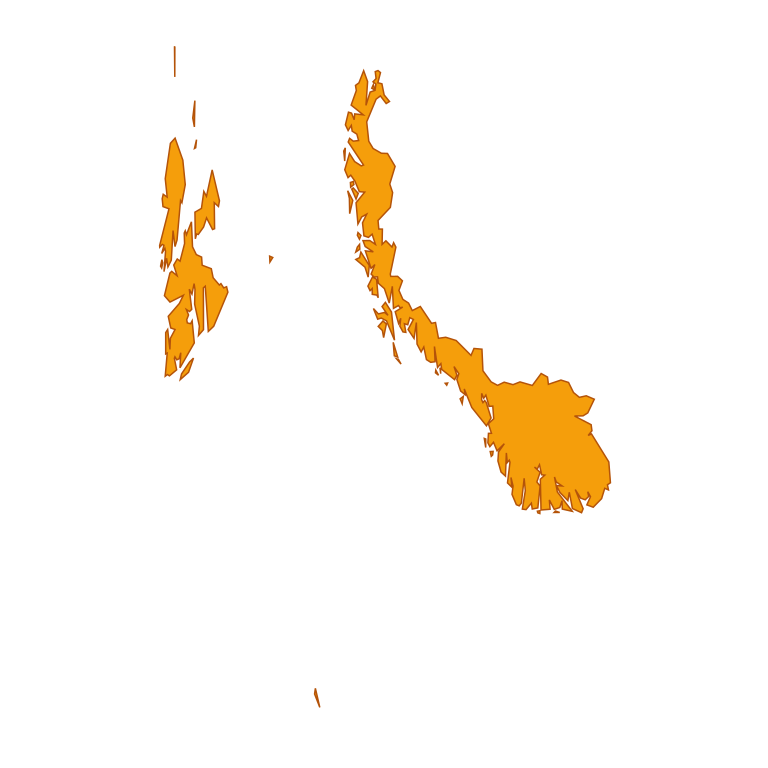 SVG path tracing the border of Norway, rotated 273°
{"feature_id": "NOR", "entity_name": "Norway", "entity_type": "country or territory", "adm_level": 0, "iso_a3": "NOR", "parent_name": "Europe", "parent_adm1": "", "projection": "natural_earth1", "projection_center": [16.239, 69.249], "detail": "fine", "context": "isolated", "style": "filled", "palette": "amber", "viewbox_px": 768, "rotation_deg": 273, "n_neighbors": 0, "source": "natural_earth", "source_scale": "50m", "svg_char_len": 6186}
<svg xmlns="http://www.w3.org/2000/svg" viewBox="0 0 768 768"><g transform="rotate(273 384 384)"><path d="M538.6,374.3L523.3,374.8L527.1,378.4L521.2,384.8L525.6,386.2L521.3,388.7L494.1,384.5L491.8,385.1L492.2,392.0L488.0,397.0L478.3,394.0L469.5,398.4L466.1,404.3L458.8,408.4L463.3,416.2L447.1,428.3L448.1,432.2L432.5,436.0L433.9,443.2L431.2,453.8L417.1,469.4L424.2,472.0L423.9,480.0L402.4,482.1L391.7,490.9L388.6,497.5L392.1,503.9L390.1,512.9L393.2,519.7L390.3,532.2L402.7,540.4L399.5,546.9L392.3,548.2L397.2,560.5L395.2,568.2L385.4,573.7L380.9,579.8L382.8,586.6L379.8,594.8L365.8,589.0L362.6,584.4L362.0,575.9L354.2,593.0L348.2,594.1L343.3,590.6L345.0,593.8L317.9,612.6L297.2,615.3L295.1,612.4L290.0,613.7L291.4,609.9L280.9,607.3L271.9,599.4L273.9,592.9L282.3,596.1L287.1,593.1L282.4,594.3L278.9,591.0L280.3,586.4L288.6,580.5L269.8,589.4L265.8,588.0L269.5,578.7L285.6,574.7L277.2,573.7L284.9,565.4L291.6,561.5L291.5,567.2L295.2,561.2L300.1,559.1L285.2,562.8L266.7,578.7L268.4,568.6L276.8,567.9L269.9,566.0L267.7,560.6L276.9,555.2L267.6,556.4L266.4,547.4L297.1,545.1L301.4,549.3L301.6,546.2L311.5,543.5L307.1,541.5L308.9,538.6L304.0,544.5L294.2,541.8L290.3,545.2L268.3,544.1L266.9,538.6L272.7,537.4L266.0,532.4L266.3,528.7L284.8,530.7L297.2,528.9L272.2,527.4L269.4,525.4L270.4,522.5L280.5,517.6L288.9,518.2L297.3,515.7L287.7,517.0L291.7,512.5L312.4,513.9L314.5,513.1L312.0,511.2L321.6,509.8L298.4,510.1L302.2,505.5L313.1,501.8L322.1,501.9L330.7,507.3L323.2,500.4L331.5,496.4L327.0,493.0L330.7,490.8L340.2,490.9L340.4,493.9L349.8,490.3L355.0,495.4L367.6,493.8L367.2,490.2L378.2,486.3L375.0,484.3L379.8,482.0L373.4,482.3L370.6,483.8L372.8,485.4L370.8,487.1L355.7,492.7L347.6,488.5L365.1,472.9L383.3,464.4L377.6,465.6L381.0,460.9L392.4,456.5L398.2,458.2L405.1,453.0L396.7,456.3L392.0,454.3L401.6,440.9L407.3,439.7L403.3,436.6L424.1,432.4L408.9,433.8L408.1,429.5L410.6,425.1L423.0,421.8L418.0,419.4L425.6,414.9L447.1,413.1L431.1,411.6L439.7,405.2L450.0,410.0L451.6,406.3L444.4,404.6L445.3,401.2L436.7,403.1L437.0,400.2L442.6,396.8L450.5,397.3L445.2,395.4L456.8,391.4L461.8,398.7L460.9,396.2L463.1,394.3L460.0,389.5L482.0,387.2L465.1,385.0L479.3,379.4L484.3,373.1L490.7,371.9L490.3,368.4L493.1,365.4L502.8,368.6L498.8,365.0L516.0,358.4L515.4,366.4L520.3,358.0L526.1,355.5L526.5,362.3L523.0,368.1L533.0,364.3L529.6,360.8L530.9,356.2L543.8,354.1L552.7,357.8L549.7,353.0L542.4,349.6L563.5,346.6L574.6,354.7L574.8,349.3L585.0,344.4L590.8,339.9L588.2,337.3L595.9,333.6L612.4,337.5L604.6,343.0L600.6,349.9L601.6,352.1L623.8,335.6L627.5,336.8L624.9,340.6L625.8,345.9L632.1,343.8L634.8,339.0L640.5,337.8L635.3,334.9L640.8,331.9L653.6,334.3L652.8,337.4L646.3,340.4L652.2,340.6L651.7,349.2L660.8,336.6L675.6,341.0L680.7,339.9L683.4,343.2L695.8,347.3L685.1,351.8L661.3,351.4L674.8,354.9L676.8,359.7L683.1,360.2L685.2,357.2L688.6,360.1L695.5,358.9L696.7,361.6L694.8,364.2L684.5,362.1L683.7,366.2L672.7,369.0L666.4,374.7L664.2,371.5L671.5,365.3L668.0,361.2L644.9,353.0L625.6,356.1L618.6,360.8L614.3,369.3L614.4,375.4L601.9,383.7L584.0,379.3L575.6,382.6L560.7,381.1L547.0,369.5L538.5,370.7L538.6,374.3ZM460.7,160.1L483.6,164.4L485.4,166.1L481.3,171.7L491.8,167.8L498.0,171.0L496.0,173.9L513.8,177.5L524.3,176.6L526.6,177.5L522.7,178.9L535.9,183.2L511.0,185.6L503.4,189.8L501.2,195.2L493.1,196.2L490.1,205.5L481.2,207.8L474.2,214.4L475.7,215.9L471.6,218.9L472.9,221.7L467.5,223.3L432.7,210.9L427.3,205.8L472.3,200.4L470.6,198.6L428.8,200.9L422.8,196.2L432.1,196.6L453.9,190.7L468.5,190.3L474.3,189.1L463.7,187.5L468.5,184.6L448.5,188.1L446.2,186.0L448.1,182.7L442.7,185.2L437.9,183.6L434.7,184.4L434.1,187.7L437.1,189.1L415.1,192.4L389.5,179.4L404.6,179.4L398.5,178.1L397.3,175.8L400.2,173.8L398.7,173.3L387.3,176.2L380.9,169.3L382.1,167.2L380.3,165.1L403.5,165.9L402.6,164.4L423.9,163.3L427.1,165.1L407.3,168.4L418.5,168.3L427.5,172.5L428.8,168.1L440.3,165.0L453.7,175.4L462.1,179.0L454.6,166.0L460.7,160.1ZM510.6,152.7L547.7,160.1L549.6,154.0L557.4,152.8L561.9,153.6L559.3,157.7L577.6,154.8L613.2,158.1L618.6,162.5L597.0,171.4L572.7,175.1L554.4,172.7L556.7,171.2L517.0,169.8L510.3,168.1L526.2,165.3L496.5,165.1L489.6,162.1L498.2,160.3L484.7,158.4L505.2,158.9L508.0,158.1L502.7,155.2L511.0,157.0L511.8,155.3L508.9,152.9L510.6,152.7ZM519.1,188.0L545.7,186.2L549.8,192.5L566.9,194.0L562.1,196.9L588.8,201.2L558.3,210.1L552.6,209.4L556.2,205.0L530.2,206.7L529.3,204.7L540.6,198.1L531.3,195.6L523.6,190.7L524.0,189.0L519.1,188.0ZM452.8,384.4L461.2,378.0L465.6,381.1L456.3,387.7L428.3,392.2L447.2,383.2L449.7,377.8L448.4,374.3L458.8,369.5L453.7,374.7L455.5,380.8L452.8,384.4ZM480.9,362.8L490.2,366.9L488.2,371.1L469.8,373.7L472.4,372.3L472.9,367.6L478.7,367.2L476.5,365.2L480.9,362.8ZM508.9,353.0L514.6,354.0L501.5,363.1L489.9,362.6L499.7,358.9L506.9,349.3L508.9,353.0ZM383.5,181.3L395.8,188.7L399.9,192.4L385.5,188.2L377.7,180.3L383.5,181.3ZM441.2,375.2L446.9,379.7L444.1,383.2L430.3,381.2L437.3,379.6L441.2,375.2ZM575.1,337.6L565.7,343.2L552.3,340.8L567.6,339.7L575.1,337.6ZM578.2,343.0L573.0,348.3L567.2,346.4L577.0,341.6L578.2,343.0ZM412.7,392.8L426.1,391.0L411.5,396.3L412.7,392.8ZM76.5,331.4L57.7,336.8L70.8,330.9L76.5,331.4ZM709.3,157.5L679.7,159.0L710.3,157.1L709.3,157.5ZM639.6,179.1L657.1,180.3L630.8,181.2L639.6,179.1ZM604.6,333.1L614.5,331.6L617.8,333.0L604.6,333.1ZM584.6,342.7L581.6,343.5L578.8,340.4L583.5,339.9L584.6,342.7ZM533.9,350.1L531.1,353.2L527.3,351.9L531.2,349.6L533.9,350.1ZM505.7,263.1L504.5,266.3L499.8,263.7L505.7,263.1ZM618.2,184.0L610.1,183.6L609.3,182.4L618.2,184.0ZM373.2,460.8L375.7,463.8L368.4,463.1L373.2,460.8ZM514.3,348.9L519.3,350.2L522.2,352.3L517.3,352.8L514.3,348.9ZM496.5,155.7L493.4,156.7L488.2,155.9L490.0,154.7L496.5,155.7ZM334.4,488.5L325.9,488.9L334.9,487.0L334.4,488.5ZM322.4,496.5L318.8,496.2L317.4,494.9L322.1,493.6L322.4,496.5ZM409.3,397.1L404.8,400.0L409.8,395.2L409.3,397.1ZM266.1,561.9L264.9,566.2L264.6,560.6L266.1,561.9ZM400.6,435.0L395.6,438.0L397.9,434.8L400.6,435.0ZM682.4,357.7L677.9,359.2L677.5,358.7L678.7,356.3L682.4,357.7ZM402.1,439.6L397.3,440.1L403.1,439.0L402.1,439.6ZM387.9,445.1L388.3,447.5L386.1,446.7L387.9,445.1ZM265.6,546.3L262.8,546.4L263.4,544.3L265.0,543.8L265.6,546.3Z" fill="#f59e0b" stroke="#b45309" stroke-width="1.5"/></g></svg>